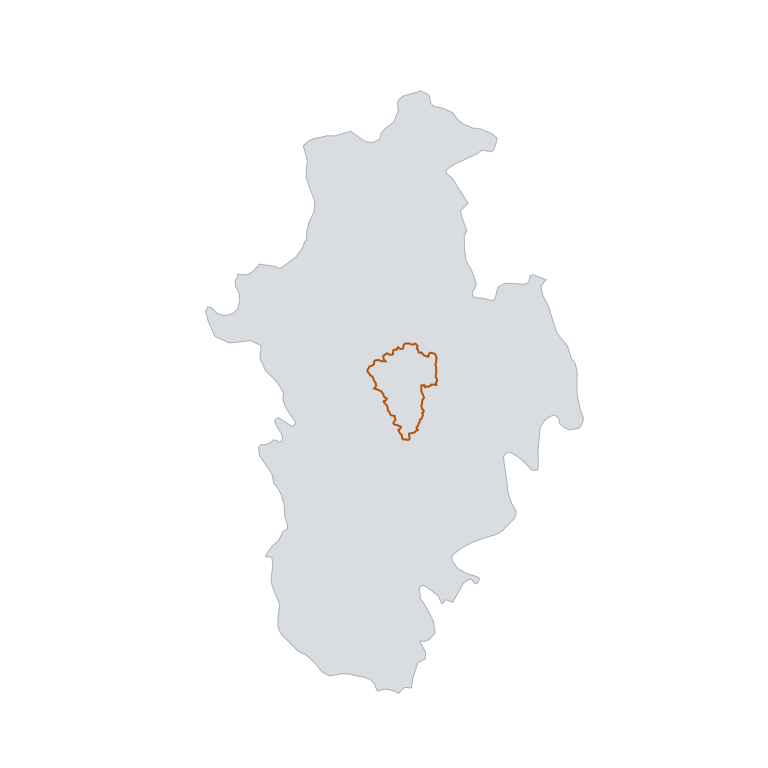 Šumadijski on a map of Republic of Serbia (Equal Earth projection), rotated 219°
{"feature_id": "SRB-839", "entity_name": "Šumadijski", "entity_type": "District", "adm_level": 1, "iso_a3": "SRB", "parent_name": "Republic of Serbia", "parent_adm1": "", "projection": "equal_earth", "projection_center": [20.746, 44.097], "detail": "fine", "context": "in_parent", "style": "outline", "palette": "amber", "viewbox_px": 768, "rotation_deg": 219, "n_neighbors": 0, "source": "natural_earth", "source_scale": "10m", "svg_char_len": 9216}
<svg xmlns="http://www.w3.org/2000/svg" viewBox="0 0 768 768"><g transform="rotate(219 384 384)"><path d="M428.3,298.6L445.0,303.5L452.6,308.1L456.7,314.1L467.4,318.0L484.7,320.0L496.8,326.1L503.7,336.5L514.7,334.0L530.0,318.6L545.0,314.6L559.9,322.0L568.1,328.0L569.5,332.8L566.1,334.7L557.8,333.8L551.0,336.7L545.8,343.5L545.0,350.7L548.8,358.4L554.1,363.7L561.0,366.6L564.6,370.6L565.2,375.7L567.0,377.1L563.1,379.5L558.9,383.0L556.6,389.1L556.1,398.9L542.9,406.6L538.0,408.0L535.8,413.1L532.4,427.5L533.0,438.3L534.8,443.9L535.7,448.4L540.0,453.9L544.0,462.4L546.7,473.6L552.5,482.3L567.3,490.9L574.7,495.8L580.1,503.1L584.3,509.6L596.6,518.3L595.7,524.5L593.2,530.6L590.4,533.4L584.4,541.2L578.6,545.6L569.0,559.4L553.6,560.2L549.9,561.3L544.2,565.0L541.4,571.9L544.1,577.5L543.9,583.1L541.2,594.0L545.1,605.7L550.5,611.0L551.4,614.1L550.5,619.6L542.5,630.7L540.1,634.8L532.0,636.9L529.2,635.8L525.0,632.0L521.1,630.9L511.4,635.4L501.6,638.1L493.8,636.0L486.1,635.8L480.8,637.6L476.8,638.4L469.0,643.2L456.4,646.7L450.5,645.9L448.3,641.4L446.0,634.9L447.1,632.0L455.4,626.9L456.3,622.0L467.8,598.6L470.0,591.0L470.1,588.5L467.1,586.8L460.7,586.9L432.4,577.4L433.6,566.5L425.3,560.7L416.4,555.5L414.9,549.6L404.9,537.9L397.6,531.3L388.4,528.0L380.4,523.2L375.6,520.2L373.4,514.8L373.4,511.5L371.0,508.4L367.2,508.7L360.7,513.1L352.6,516.8L351.2,519.6L354.1,526.1L356.2,530.2L355.3,534.1L352.7,539.1L337.3,550.1L335.5,553.9L338.5,560.1L336.6,563.0L323.6,567.0L324.0,563.6L323.2,558.2L315.8,552.4L305.4,548.0L282.2,532.7L273.3,530.6L265.3,528.9L253.9,521.5L248.1,520.2L241.6,515.0L227.5,497.4L215.6,487.8L207.4,482.9L205.1,478.2L204.6,473.3L204.9,471.7L211.2,464.8L216.0,463.8L222.2,463.6L226.2,467.1L231.5,467.8L234.5,463.4L236.1,456.9L235.5,448.8L222.8,429.8L211.9,416.6L210.6,413.7L213.0,411.2L216.9,409.9L221.0,411.0L231.7,411.9L242.0,410.7L245.6,407.5L245.6,403.2L241.9,399.1L229.9,388.3L220.6,378.7L209.6,371.4L201.4,368.5L199.0,364.8L198.1,360.8L199.0,353.5L199.6,344.3L201.6,338.5L209.1,327.5L216.2,315.9L220.7,304.7L223.1,294.4L222.2,291.4L218.6,289.2L210.8,287.0L200.0,288.9L190.8,292.7L187.3,293.0L186.1,288.3L187.6,286.3L190.4,286.5L192.8,287.4L195.3,285.3L196.9,279.1L193.3,257.4L200.1,255.5L200.3,252.3L200.9,249.6L208.0,253.3L217.9,253.4L226.6,252.6L227.9,250.5L227.8,247.4L226.1,245.0L223.0,243.0L220.8,240.0L214.9,238.7L196.6,230.9L187.7,222.7L188.1,213.9L190.7,209.1L193.9,207.4L193.0,205.8L182.7,201.7L179.1,196.1L182.2,188.8L176.9,174.2L171.4,165.1L177.0,161.2L177.8,155.7L178.3,152.5L180.6,152.6L189.5,148.8L192.8,145.8L194.7,142.3L196.9,141.4L202.8,145.2L209.1,145.6L216.2,143.2L221.6,139.8L228.0,137.0L230.9,135.1L234.6,132.1L242.1,123.2L250.5,121.3L261.7,123.6L273.9,124.4L283.0,122.3L306.0,124.9L311.0,127.0L314.2,129.3L320.2,136.9L326.0,146.8L334.1,151.3L343.7,156.7L348.6,160.7L355.9,172.5L361.6,178.4L363.5,178.1L365.5,176.6L366.8,175.4L368.3,176.4L368.4,180.0L368.8,188.0L367.4,196.5L369.5,204.6L369.5,207.1L368.1,209.4L368.3,211.4L370.3,213.6L378.1,219.0L385.4,227.2L393.7,233.0L401.5,236.7L406.4,236.9L414.5,243.6L430.3,248.4L435.4,250.0L438.9,252.8L441.5,256.0L441.6,259.4L439.2,261.0L435.8,265.6L434.4,271.2L431.9,272.6L429.3,272.7L427.5,274.4L427.9,276.8L430.0,279.1L433.3,281.2L439.7,283.3L446.0,286.4L445.9,288.8L444.6,291.4L436.7,292.4L430.8,292.8L428.1,293.9L428.3,298.6Z" fill="#d9dde1" stroke="#a8b0b8" stroke-width="1"/><path d="M363.2,439.2L362.5,439.1L362.0,438.9L361.7,438.7L361.1,438.3L360.8,438.1L360.1,437.7L359.6,437.4L359.4,437.2L359.1,436.7L358.2,435.2L357.7,434.4L357.4,433.9L356.9,433.4L356.8,433.2L356.7,433.0L356.7,432.7L356.7,432.1L356.6,431.8L356.4,431.5L355.9,431.0L354.6,430.2L354.1,429.8L353.7,429.4L353.0,428.5L352.5,427.9L350.9,426.4L350.7,426.1L350.4,425.4L349.7,424.2L349.4,423.5L349.1,423.0L348.6,422.3L348.2,422.0L347.9,421.8L347.4,421.6L346.8,421.4L346.3,421.2L345.5,420.7L344.9,420.3L344.8,420.1L344.6,419.7L344.6,418.3L344.5,417.8L344.4,417.6L344.2,417.4L343.7,417.1L343.3,416.8L342.9,416.4L342.7,416.1L344.3,415.3L344.6,415.1L345.6,414.3L346.5,413.7L346.7,413.4L346.9,413.2L346.9,412.9L346.9,412.6L346.8,412.2L346.8,411.9L346.9,411.7L347.1,411.0L347.5,410.4L347.8,410.0L348.3,409.6L349.1,409.1L349.4,408.8L349.5,408.6L349.6,408.4L349.6,407.8L349.7,407.6L349.8,407.5L350.0,407.3L350.4,407.4L350.6,407.4L351.4,408.1L351.7,408.2L352.1,408.4L352.4,408.3L352.6,408.1L352.8,407.5L353.2,407.1L353.7,406.6L354.1,406.3L352.8,404.6L352.5,404.3L351.8,403.8L351.6,403.5L351.4,403.3L351.2,402.7L350.8,402.3L350.1,401.7L349.9,401.5L349.3,401.2L347.4,400.4L346.8,400.0L346.0,399.5L344.9,399.0L344.6,398.8L344.3,398.6L344.2,398.4L344.1,398.1L344.1,396.7L344.1,396.0L344.0,395.6L343.6,394.9L343.4,394.2L343.0,393.8L342.1,392.9L342.0,392.6L341.9,392.3L341.7,391.2L341.6,390.9L341.4,390.7L340.7,390.1L340.0,389.7L339.1,388.9L338.9,388.7L338.2,388.6L336.9,388.5L336.4,388.3L336.1,388.1L336.0,387.8L335.9,387.6L335.9,387.3L336.2,386.2L336.2,385.9L336.2,385.5L336.1,385.4L335.6,385.4L335.2,385.3L334.9,385.2L334.7,385.0L334.5,384.7L334.1,384.1L333.9,383.6L333.8,383.1L333.5,382.1L333.3,381.2L333.1,380.4L333.1,380.0L333.5,378.9L333.5,378.6L333.4,378.4L333.3,378.1L332.6,377.2L332.2,376.6L332.3,375.8L332.2,375.2L332.2,374.9L331.9,374.2L331.4,373.3L331.3,372.8L331.3,372.2L331.4,371.2L331.4,370.9L331.2,370.6L331.0,370.4L330.4,370.0L329.8,369.8L328.7,369.6L328.7,369.4L329.0,368.8L329.5,368.2L329.8,367.7L329.8,366.1L329.8,365.6L330.0,365.2L330.2,364.9L330.7,364.4L331.8,362.8L332.2,362.4L333.0,361.7L333.2,361.3L333.2,361.0L333.0,360.8L332.1,359.7L331.1,359.1L329.8,357.8L329.7,357.7L329.5,357.3L329.5,357.0L329.5,356.9L329.5,356.7L330.1,355.9L330.6,355.3L330.8,355.1L331.2,355.0L331.8,354.8L332.3,354.6L334.2,352.9L335.1,353.1L335.6,353.3L336.7,354.2L337.8,355.0L338.4,355.6L338.6,355.7L338.8,355.7L339.9,355.7L340.7,355.8L341.1,355.9L342.3,356.6L344.0,357.4L343.5,358.8L343.4,359.2L343.3,360.0L343.4,360.4L343.5,360.8L343.5,361.0L344.0,361.4L344.5,361.4L344.8,361.3L345.5,361.0L346.8,360.7L347.6,360.3L349.2,359.7L350.4,359.1L350.7,359.0L351.0,359.0L351.5,359.1L351.9,359.2L352.1,359.4L352.2,359.6L352.3,359.9L352.4,360.2L352.5,361.4L352.6,362.4L352.6,363.1L352.6,363.3L352.7,363.5L352.9,363.7L353.2,363.9L353.9,364.2L354.1,364.3L354.6,364.8L355.5,365.9L356.9,365.1L358.3,364.4L359.1,364.2L359.4,364.2L359.7,364.2L360.1,364.3L360.5,364.5L361.4,365.2L361.7,365.4L361.9,365.5L362.5,365.6L363.9,365.8L364.4,366.0L364.6,366.1L365.1,366.5L365.5,367.2L365.8,367.5L366.6,368.1L368.1,369.1L370.0,369.3L371.6,369.6L371.9,369.7L372.6,369.9L372.9,370.1L373.2,370.3L373.3,370.4L373.4,370.6L373.4,370.8L373.3,371.0L373.1,371.3L372.6,371.8L372.5,372.0L372.4,372.2L372.3,372.5L372.5,373.3L372.6,373.7L372.6,374.5L373.9,374.4L375.4,374.1L376.0,374.2L376.5,374.4L376.9,374.6L377.5,375.1L378.0,375.5L378.3,375.8L378.8,375.9L379.3,375.9L379.8,375.9L380.3,376.1L380.9,376.5L381.3,376.6L381.6,376.6L381.9,376.5L382.8,376.2L384.7,375.9L385.5,375.6L386.4,375.4L388.8,374.3L388.8,375.9L389.0,377.3L389.0,377.6L389.2,377.9L389.4,378.2L390.0,378.6L390.7,379.2L391.1,379.5L391.8,379.8L393.1,380.0L393.6,380.2L395.8,381.5L396.8,382.2L397.8,382.3L398.6,382.4L398.9,382.4L400.0,382.0L400.4,382.0L400.6,382.0L400.9,382.2L401.4,382.6L401.9,382.8L403.6,383.0L404.1,383.2L404.7,383.5L405.2,384.0L405.8,384.4L405.8,385.6L406.0,387.3L406.3,388.4L404.8,390.9L404.8,391.2L404.8,391.3L404.4,392.2L404.3,392.5L404.2,392.8L404.3,393.1L404.4,393.4L404.5,393.6L405.9,395.2L405.7,396.5L405.5,397.0L405.2,397.4L404.3,398.2L403.8,398.8L403.6,399.0L402.9,399.4L401.8,399.7L400.9,399.9L400.0,400.3L398.6,401.3L397.1,402.6L400.1,403.3L400.5,403.5L401.9,405.0L402.1,405.3L402.2,405.6L402.2,405.9L402.2,406.1L402.1,406.4L401.6,407.2L401.5,407.5L401.4,407.8L401.5,408.4L401.4,409.0L401.2,409.4L401.1,409.6L400.9,409.8L400.7,409.9L400.3,410.0L400.0,410.1L398.6,410.0L398.2,410.2L397.9,410.4L397.1,411.2L396.4,411.6L396.1,411.7L395.9,412.0L395.8,412.5L395.8,412.8L395.9,413.0L396.0,413.2L396.7,413.9L396.9,414.2L397.1,414.5L397.3,415.0L397.8,415.7L397.9,415.9L398.0,416.1L398.0,416.4L398.0,416.7L397.9,416.9L397.8,417.0L397.6,417.2L396.9,417.7L396.0,418.1L395.8,418.3L395.8,418.6L396.2,420.0L396.2,420.4L396.2,420.9L396.1,421.6L395.1,421.3L394.5,421.3L394.2,421.3L393.3,421.8L392.3,422.3L391.9,422.7L391.7,423.0L391.6,423.5L391.8,424.5L392.1,424.8L392.5,425.3L393.1,426.3L393.2,426.7L393.3,427.0L393.3,427.7L393.2,428.1L393.1,428.5L392.9,428.7L392.3,429.2L391.3,430.4L390.7,430.8L389.8,431.3L389.5,431.5L388.5,431.5L388.0,431.7L387.1,432.3L386.5,432.7L386.2,433.0L385.9,433.4L385.7,433.9L385.5,434.7L385.4,434.9L385.2,435.1L384.9,435.2L384.6,435.2L383.9,435.0L383.5,434.9L382.1,434.8L381.7,434.2L381.4,433.9L381.2,433.6L381.1,433.2L381.1,432.9L381.0,432.7L380.7,432.5L380.7,432.3L379.1,431.9L378.6,431.8L378.3,431.6L377.9,431.0L377.7,430.7L377.4,430.5L377.2,430.4L376.7,430.4L376.5,430.5L376.1,430.7L375.7,431.0L375.1,431.8L374.9,431.9L374.8,432.0L374.4,432.0L372.9,431.8L371.7,431.6L370.5,431.5L369.8,431.7L368.5,432.3L367.4,432.6L367.1,432.7L366.9,432.9L366.7,433.2L366.7,433.4L366.7,433.7L366.9,433.9L367.6,434.6L367.8,434.8L367.9,435.0L367.8,436.0L367.9,436.9L367.9,437.1L367.9,437.3L367.6,437.5L366.9,437.8L365.3,438.7L364.8,439.0L364.0,439.2L363.2,439.2Z" fill="none" stroke="#b45309" stroke-width="2"/></g></svg>